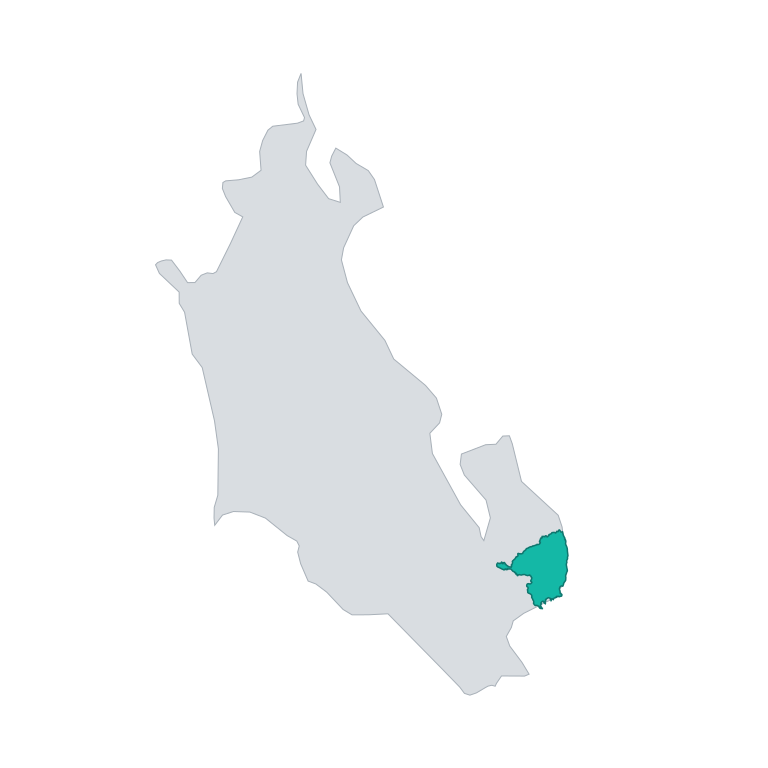 location of Santa Cruz, Guanacaste, Costa Rica, rotated 206°
{"feature_id": "36466004B7119067190129", "entity_name": "Santa Cruz", "entity_type": "district", "adm_level": 2, "iso_a3": "CRI", "parent_name": "Costa Rica", "parent_adm1": "Guanacaste", "projection": "orthographic", "projection_center": [-85.683, 10.236], "detail": "fine", "context": "in_parent", "style": "filled", "palette": "teal", "viewbox_px": 768, "rotation_deg": 206, "n_neighbors": 0, "source": "geoboundaries", "source_scale": "gbopen_adm2", "svg_char_len": 7649}
<svg xmlns="http://www.w3.org/2000/svg" viewBox="0 0 768 768"><g transform="rotate(206 384 384)"><path d="M641.6,391.0L640.7,393.9L638.1,396.9L634.3,400.0L629.3,402.2L617.0,396.0L605.0,389.0L598.4,392.3L596.0,401.6L591.6,406.4L586.1,408.3L583.8,411.5L583.6,442.8L584.2,472.3L593.3,472.8L608.5,483.0L615.0,488.9L617.1,494.5L615.3,497.2L604.2,503.8L593.5,512.0L588.2,522.2L597.7,538.5L599.8,549.7L599.6,561.3L597.0,566.9L576.1,580.5L571.6,585.2L572.2,588.6L583.8,597.8L589.4,606.7L594.0,617.4L594.7,626.8L584.1,609.5L569.4,593.1L556.7,583.0L555.6,559.2L550.4,546.3L531.3,534.5L515.0,526.3L502.9,528.1L510.4,541.7L529.6,559.1L530.9,565.9L530.7,574.9L517.5,573.6L505.8,570.0L491.7,568.9L482.2,563.6L462.1,542.8L476.2,524.8L480.6,513.0L480.0,488.7L476.7,476.9L461.3,459.1L436.7,439.5L402.3,423.6L386.2,410.7L346.0,400.9L330.7,394.3L318.8,382.1L317.0,373.4L321.2,359.8L310.0,342.7L262.2,309.0L235.5,296.6L229.8,289.3L225.6,287.0L229.7,310.3L241.4,324.4L271.9,337.4L280.3,345.1L283.7,355.0L266.0,374.0L257.0,378.9L254.4,389.3L248.6,392.4L242.5,386.5L217.7,356.7L169.9,342.4L161.3,333.6L143.5,306.4L135.3,281.5L138.3,264.9L157.9,239.1L164.0,227.8L162.8,220.9L163.4,210.7L156.1,203.6L138.0,194.3L126.4,186.8L129.6,183.1L150.4,173.1L151.7,164.1L151.6,161.1L155.0,160.5L158.0,158.1L159.8,155.6L165.5,146.9L170.4,142.0L176.1,141.2L183.1,144.8L209.2,154.2L238.3,164.5L279.7,179.2L296.9,169.7L311.6,162.5L321.9,163.4L344.2,171.8L357.6,174.4L365.8,173.6L380.1,185.9L387.9,195.1L389.2,201.3L393.5,204.6L404.6,205.3L431.8,211.5L448.4,210.1L463.4,203.4L471.7,195.4L474.2,182.8L478.0,189.0L482.5,198.7L484.6,211.2L504.4,253.1L520.2,276.6L554.6,319.1L569.5,326.8L594.7,361.1L603.4,366.7L608.4,376.8L634.3,384.9L641.6,391.0Z" fill="#d9dde1" stroke="#a8b0b8" stroke-width="1"/><path d="M202.9,270.0L202.7,269.9L202.6,269.7L202.2,269.6L201.7,269.4L199.8,269.5L196.6,269.4L195.9,269.5L195.6,269.6L194.7,269.5L194.5,269.8L194.0,270.1L194.1,270.7L193.8,271.0L193.6,271.0L193.4,270.9L192.5,270.9L192.4,270.9L192.3,271.2L191.8,271.4L191.9,271.6L192.3,271.9L192.3,272.1L191.8,272.0L191.5,271.9L191.0,272.4L190.6,272.5L190.3,272.8L190.0,272.8L189.7,273.1L189.3,273.1L188.9,273.2L188.2,273.2L187.6,272.8L186.0,272.2L184.8,272.2L184.4,272.3L184.0,272.3L183.9,272.2L183.8,271.9L183.1,271.9L182.7,271.8L182.6,271.2L182.4,271.1L181.9,271.5L181.5,271.2L181.3,270.8L181.2,270.8L180.9,270.8L180.7,271.1L180.4,271.0L180.1,270.3L179.9,270.3L179.7,270.5L179.7,271.0L179.5,271.5L178.8,271.9L178.6,272.1L178.4,272.0L176.8,272.5L176.0,273.2L175.7,273.6L175.2,273.8L174.8,274.0L174.1,274.4L173.8,274.5L172.6,274.4L172.1,274.6L171.3,274.6L170.9,274.8L170.4,275.3L170.2,275.3L169.8,275.7L169.5,275.8L169.3,276.2L169.1,276.2L168.9,276.0L168.2,275.6L167.7,275.7L167.3,275.5L166.9,274.9L166.1,274.6L166.0,274.3L166.0,273.9L165.8,272.9L165.7,272.7L165.9,272.2L165.9,271.6L165.5,271.0L165.2,270.9L164.9,271.0L164.6,270.9L164.4,270.7L164.1,270.4L164.2,269.8L164.5,268.9L164.7,268.6L165.8,268.0L166.3,268.0L167.0,267.6L167.3,267.2L167.5,267.1L167.6,266.1L167.3,265.2L166.8,264.6L166.5,264.5L165.7,264.5L165.1,264.0L165.0,263.5L164.8,263.2L164.9,261.8L164.7,261.6L164.2,261.3L163.8,260.4L163.8,260.2L163.3,259.6L162.7,259.4L161.0,259.5L159.9,259.4L158.9,259.0L158.1,258.2L157.9,257.2L157.5,256.8L156.0,255.8L155.7,255.3L154.9,254.9L154.3,254.4L153.8,253.7L153.6,252.8L153.3,252.2L151.7,251.4L150.9,251.2L150.3,251.7L149.3,252.1L149.0,252.1L147.8,252.1L147.4,252.0L147.2,251.9L147.0,251.6L146.6,251.3L146.2,251.2L145.9,250.9L145.6,251.0L145.5,250.9L144.7,250.9L144.4,251.1L144.1,251.2L143.7,251.4L143.3,251.4L143.2,251.5L143.4,251.9L144.0,251.7L144.5,251.8L144.8,252.0L145.0,252.3L144.8,252.4L144.9,252.6L145.2,252.7L145.6,252.6L146.1,253.0L146.0,253.4L146.2,253.7L146.2,254.7L146.4,254.9L146.3,255.5L146.9,255.8L147.0,256.1L146.9,256.7L146.6,257.7L146.0,258.4L145.1,258.5L144.8,258.4L144.9,258.0L144.3,257.8L144.0,257.5L142.7,257.2L142.7,257.5L143.4,258.3L143.8,259.0L143.8,259.4L143.8,259.7L143.6,259.7L143.5,259.9L144.2,260.8L144.3,261.2L144.3,261.3L143.9,261.5L143.7,262.4L143.2,263.1L142.8,263.8L142.6,264.0L141.4,264.2L140.4,264.2L140.2,264.1L140.1,263.7L139.8,263.0L139.4,263.1L139.1,263.0L139.0,262.8L138.9,262.7L138.8,263.4L138.9,263.6L138.7,263.8L138.8,264.4L138.7,264.4L138.6,264.7L138.1,264.9L137.7,264.7L137.3,264.6L137.3,264.8L137.5,265.2L137.3,265.9L136.8,266.7L136.1,267.1L136.0,267.4L135.8,267.6L135.7,267.7L135.9,267.9L135.6,268.1L135.6,268.3L135.5,268.6L135.6,268.8L135.2,269.1L134.8,269.0L134.5,269.0L134.2,269.6L133.7,269.6L133.4,269.8L133.1,269.7L132.9,269.8L132.7,270.1L132.2,270.7L131.6,271.0L131.4,271.6L131.6,271.9L131.6,272.3L131.9,272.8L132.3,272.8L132.5,273.0L132.8,272.9L133.1,272.9L133.5,273.4L134.1,273.3L134.5,274.3L135.0,274.9L135.3,275.4L135.9,275.8L136.1,276.1L136.6,276.9L136.8,277.9L136.8,279.0L136.3,280.0L136.0,280.3L135.5,280.5L135.0,280.5L134.7,280.7L134.7,281.2L134.8,282.5L135.2,283.6L135.0,284.3L135.1,284.8L134.8,285.8L134.7,287.3L135.8,289.9L136.5,290.8L136.6,291.4L137.0,292.1L136.9,293.4L137.2,294.1L137.3,296.5L137.6,296.8L138.2,297.9L138.8,298.5L139.9,300.1L140.4,300.6L140.7,301.3L141.1,301.8L141.3,302.5L141.4,303.7L142.4,305.2L142.4,307.2L142.6,307.8L143.0,308.4L143.2,308.9L143.4,310.3L146.1,314.5L146.5,315.4L146.9,315.9L147.2,316.5L148.3,317.7L149.3,318.6L150.1,319.1L150.2,319.3L150.3,319.6L150.8,320.0L151.5,322.1L152.1,322.6L152.1,323.0L152.8,323.6L153.1,323.4L153.8,323.9L153.7,324.4L154.2,325.0L154.8,325.4L155.4,325.7L155.6,326.0L155.8,326.0L157.0,327.2L157.3,327.7L157.8,328.1L158.6,329.3L158.8,329.4L159.0,329.1L159.9,328.5L161.8,329.5L162.1,329.4L162.3,329.7L162.6,329.6L162.9,328.9L162.7,327.9L163.1,327.8L163.4,327.6L163.6,327.2L164.1,327.2L164.1,326.4L164.3,326.0L164.3,325.5L164.4,325.3L165.1,325.4L165.8,325.2L166.2,325.2L167.0,324.5L167.6,324.3L167.9,324.0L168.0,322.9L168.4,322.4L169.1,321.5L169.4,321.3L169.6,321.0L169.7,320.7L169.4,320.3L169.6,320.1L169.6,319.6L170.0,318.9L170.0,318.4L170.4,318.1L170.7,318.1L171.3,318.5L171.9,318.6L172.4,318.2L172.5,318.0L172.5,317.2L173.1,317.1L173.8,316.8L174.0,316.9L174.5,316.5L175.0,316.4L175.0,316.0L174.7,315.7L174.8,315.4L174.5,315.3L174.5,315.0L174.8,314.6L175.1,314.6L175.4,314.4L175.2,313.7L175.5,313.3L175.3,312.2L175.1,311.7L175.3,311.3L175.3,310.9L175.2,310.6L175.0,310.3L174.8,310.3L174.7,310.4L174.1,310.3L173.9,309.2L174.1,309.0L174.0,308.7L174.2,308.1L174.3,307.9L175.3,307.1L176.1,307.0L176.2,306.3L176.9,305.9L177.1,305.5L178.8,303.9L179.2,303.8L179.3,303.3L179.6,303.1L180.2,302.4L180.4,302.2L180.7,302.0L181.1,301.9L181.3,301.5L181.7,301.2L181.9,300.7L182.4,300.3L182.6,299.6L183.2,299.1L183.7,298.6L183.9,298.2L183.9,297.0L184.2,296.6L184.6,295.5L185.1,294.8L185.1,293.9L185.2,293.5L185.1,292.5L186.3,291.4L186.6,291.3L186.7,291.2L187.2,291.2L187.8,290.8L188.8,290.7L189.0,290.6L189.3,290.3L189.2,289.8L188.4,288.6L188.3,288.1L188.4,287.8L188.8,287.1L188.9,286.9L189.1,287.0L189.3,286.8L189.5,286.5L189.6,284.7L189.7,284.1L190.2,283.0L190.5,282.0L190.7,281.7L190.8,281.3L190.8,280.6L190.4,280.2L190.1,279.8L190.0,279.2L189.9,278.0L190.2,277.1L189.7,276.7L189.4,276.1L189.3,275.4L189.4,275.0L189.6,274.9L189.8,275.0L190.2,275.0L190.6,274.9L191.2,274.5L191.6,274.4L192.2,274.3L192.8,274.7L194.1,274.7L194.4,274.9L194.9,274.9L195.3,275.3L196.2,275.3L196.5,275.9L197.0,276.0L197.5,276.3L197.8,276.2L198.1,275.8L198.4,275.7L198.5,275.4L198.3,275.2L198.2,274.9L198.5,274.8L198.7,274.5L198.9,274.5L199.1,274.6L199.2,275.0L199.5,275.3L200.0,275.5L200.3,275.4L200.3,274.6L200.5,274.1L201.0,273.8L201.1,273.3L202.1,273.3L202.4,273.0L203.4,272.9L203.5,272.2L203.6,271.8L203.6,271.3L203.3,270.7L203.1,270.6L202.9,270.0Z" fill="#14b8a6" stroke="#0f766e" stroke-width="1.5"/></g></svg>